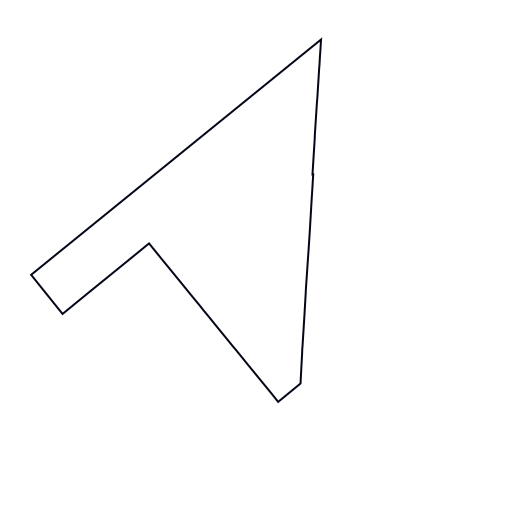 the district of 12 de Octubre, Chaco, Argentina, rotated 51°
{"feature_id": "61730980B24915383692166", "entity_name": "12 de Octubre", "entity_type": "district", "adm_level": 2, "iso_a3": "ARG", "parent_name": "Argentina", "parent_adm1": "Chaco", "projection": "equal_earth", "projection_center": [-61.395, -27.324], "detail": "fine", "context": "isolated", "style": "outline", "palette": "ink", "viewbox_px": 512, "rotation_deg": 51, "n_neighbors": 0, "source": "geoboundaries", "source_scale": "gbopen_adm2", "svg_char_len": 865}
<svg xmlns="http://www.w3.org/2000/svg" viewBox="0 0 512 512"><g transform="rotate(51 256 256)"><path d="M179.3,442.8L179.3,442.5L179.1,409.9L179.1,405.2L179.0,346.3L178.9,331.2L185.9,331.2L195.5,331.2L196.2,331.2L199.0,331.2L219.6,331.1L252.3,331.0L257.1,330.9L262.5,330.9L264.4,331.0L265.1,331.0L271.7,330.9L286.3,330.9L288.0,330.9L314.1,330.8L315.6,330.7L331.3,330.7L335.2,330.7L374.0,330.5L383.3,330.6L383.3,329.7L383.1,301.6L380.5,299.3L360.3,281.1L357.4,278.6L354.6,275.9L332.7,255.8L317.2,241.7L314.3,239.1L312.3,237.3L286.8,213.6L285.7,212.6L284.9,211.8L269.5,197.6L245.7,175.9L242.9,173.3L228.6,160.2L228.2,160.8L209.9,144.0L202.3,137.0L199.4,134.5L176.3,113.2L170.6,107.8L167.0,104.5L149.6,88.5L147.1,86.1L140.7,80.3L136.1,76.0L130.3,70.7L128.7,69.2L128.7,82.1L128.7,96.1L129.1,442.6L179.3,442.8Z" fill="none" stroke="#020617" stroke-width="2"/></g></svg>